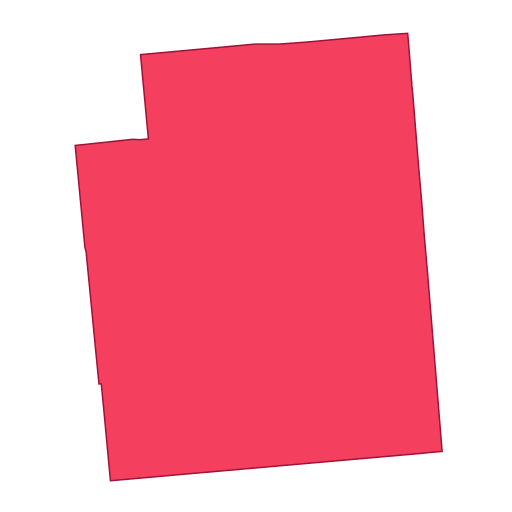 Catron, New Mexico, United States of America (orthographic projection), rotated 175°
{"feature_id": "52423323B25114965344080", "entity_name": "Catron", "entity_type": "district", "adm_level": 2, "iso_a3": "USA", "parent_name": "United States of America", "parent_adm1": "New Mexico", "projection": "orthographic", "projection_center": [-108.593, 33.89], "detail": "fine", "context": "isolated", "style": "filled", "palette": "rose", "viewbox_px": 512, "rotation_deg": 175, "n_neighbors": 0, "source": "geoboundaries", "source_scale": "gbopen_adm2", "svg_char_len": 546}
<svg xmlns="http://www.w3.org/2000/svg" viewBox="0 0 512 512"><g transform="rotate(175 256 256)"><path d="M86.3,290.3L86.2,302.0L86.2,337.2L85.7,403.1L85.9,413.7L85.8,414.4L85.7,415.5L85.8,416.6L85.5,452.0L85.5,464.6L108.7,465.1L188.1,464.7L214.6,465.1L238.4,467.2L353.5,466.7L353.0,382.0L361.4,382.0L368.8,383.0L426.5,381.9L425.7,279.4L424.9,275.1L423.6,142.2L421.3,142.2L421.0,111.4L420.6,44.8L348.6,44.9L103.4,45.0L102.6,45.1L87.6,45.1L87.5,62.5L86.6,222.4L86.6,260.7L86.3,290.3Z" fill="#f43f5e" stroke="#9f1239" stroke-width="1.5"/></g></svg>